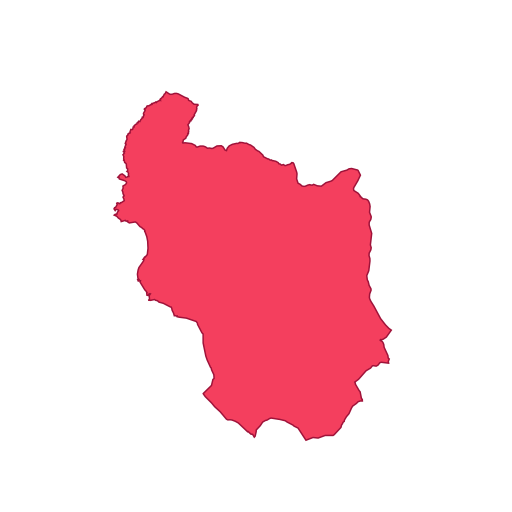 outline of Gasabo, Kigali City, Rwanda, rotated 47°
{"feature_id": "39286606B27612515465928", "entity_name": "Gasabo", "entity_type": "district", "adm_level": 2, "iso_a3": "RWA", "parent_name": "Rwanda", "parent_adm1": "Kigali City", "projection": "mercator", "projection_center": [30.108, -1.884], "detail": "fine", "context": "isolated", "style": "filled", "palette": "rose", "viewbox_px": 512, "rotation_deg": 47, "n_neighbors": 0, "source": "geoboundaries", "source_scale": "gbopen_adm2", "svg_char_len": 6066}
<svg xmlns="http://www.w3.org/2000/svg" viewBox="0 0 512 512"><g transform="rotate(47 256 256)"><path d="M182.9,341.5L184.6,349.5L185.8,351.7L188.4,355.1L191.6,357.4L193.2,357.6L192.5,358.6L194.0,359.2L195.3,357.4L196.1,358.6L204.9,360.4L207.0,360.4L208.4,360.7L208.3,361.0L210.3,362.5L211.3,361.8L210.8,360.1L211.2,359.2L211.7,359.0L212.1,361.1L215.4,363.7L214.7,365.0L216.5,363.4L218.6,359.9L220.0,359.6L221.4,358.6L223.6,358.4L227.3,356.1L235.0,353.3L235.3,352.9L236.4,353.1L238.6,354.4L241.4,355.2L244.0,356.5L244.3,355.9L245.7,355.1L246.0,354.6L246.6,355.1L248.5,353.8L253.9,349.3L263.1,344.4L265.1,344.6L266.2,345.4L275.3,347.9L277.0,347.9L283.6,354.0L294.9,360.9L298.7,362.6L306.5,365.2L307.3,365.1L308.9,366.1L314.1,367.8L317.0,370.2L316.9,371.7L320.3,376.8L320.6,388.4L321.2,388.6L324.2,389.0L333.2,388.7L338.0,389.0L345.5,388.4L355.1,388.9L356.6,388.4L358.1,386.6L359.6,385.4L362.7,383.9L366.0,382.8L378.9,382.0L379.0,381.5L382.8,381.2L384.1,380.1L387.3,380.8L387.2,379.5L384.6,375.7L383.4,374.5L383.0,368.6L382.0,364.4L382.7,361.3L383.5,359.9L384.2,356.7L384.8,355.5L391.8,350.0L396.5,346.9L398.3,346.6L404.8,344.3L406.3,344.2L410.5,342.6L424.8,345.1L427.6,338.1L431.5,334.7L434.4,327.8L439.8,322.0L440.0,320.6L439.3,310.8L437.8,308.4L437.7,307.2L437.0,305.9L437.1,304.2L436.3,303.3L435.2,299.5L434.7,295.5L432.3,289.8L431.7,287.7L432.3,283.0L432.2,280.7L433.1,278.7L434.6,277.1L433.4,276.1L433.2,276.3L431.7,275.8L426.4,272.5L424.4,272.3L417.4,270.7L416.8,270.1L415.6,269.8L416.1,264.9L415.0,253.7L416.1,248.7L415.7,245.8L416.2,245.0L418.5,243.2L419.0,241.2L418.5,238.2L419.1,236.9L424.8,232.1L423.3,231.1L422.2,228.8L420.8,228.9L418.7,227.4L410.2,224.6L407.8,222.9L406.0,222.2L404.5,222.0L402.4,222.7L402.2,222.5L402.0,221.9L402.9,221.1L403.6,219.7L404.2,216.0L402.5,207.6L399.6,208.2L394.8,208.3L386.8,207.6L373.1,204.0L367.4,202.9L364.9,202.1L363.6,201.3L361.3,198.8L359.5,195.2L358.4,194.3L354.6,193.3L351.3,191.4L349.4,190.9L345.9,188.4L343.7,183.6L337.4,176.1L335.6,174.5L332.7,173.0L331.1,171.3L329.8,167.8L328.5,166.1L325.9,164.8L318.4,156.0L310.5,152.1L308.9,150.6L308.3,149.7L307.6,147.2L306.4,145.5L305.6,144.8L301.5,143.2L297.6,138.8L295.3,137.3L292.7,136.3L291.0,136.2L289.4,136.9L287.2,138.7L286.2,139.0L285.3,138.8L283.7,139.3L283.6,138.9L279.9,138.5L274.8,139.8L273.3,138.8L272.7,137.9L270.4,130.2L268.1,124.5L263.1,123.0L262.4,123.1L257.2,126.4L255.7,128.5L255.2,130.9L252.4,136.4L252.8,148.7L252.3,150.3L250.1,154.8L249.5,160.6L246.5,163.3L242.9,165.0L242.6,166.4L241.7,167.4L240.5,168.0L239.5,169.7L238.5,172.6L237.5,173.7L236.3,174.6L233.8,174.8L231.4,175.6L227.3,173.7L223.9,170.0L222.5,169.1L214.3,165.4L213.1,165.3L212.1,166.1L212.1,166.6L212.3,166.6L211.9,168.9L210.8,170.7L210.2,172.5L209.4,173.3L207.9,173.5L206.9,175.4L205.2,175.6L204.1,176.4L202.9,176.1L200.3,176.9L197.6,178.7L197.4,179.1L196.3,179.2L195.6,180.2L193.6,180.6L193.0,181.2L188.5,182.8L186.9,182.2L181.6,182.5L179.9,183.2L177.5,183.7L175.2,183.4L171.1,184.3L169.8,185.1L167.0,186.0L166.1,187.1L163.8,188.6L161.9,190.3L162.1,190.6L161.8,190.7L161.4,192.5L160.5,193.2L158.2,197.1L157.2,200.5L157.6,203.6L158.8,205.7L157.5,206.4L153.7,205.7L151.7,206.2L148.9,209.5L147.9,214.0L147.1,215.1L145.3,216.4L144.1,218.0L141.8,218.5L139.8,219.5L137.5,221.9L136.3,224.6L135.5,225.3L133.8,225.0L129.9,226.4L124.9,230.6L123.5,232.4L122.7,232.1L122.6,231.4L121.5,229.9L122.0,227.1L121.3,225.8L120.8,223.1L120.2,222.7L120.3,222.0L119.8,222.0L119.4,220.7L118.8,220.1L118.5,220.2L117.5,218.9L117.4,218.2L115.7,217.1L113.6,216.3L113.1,213.8L112.7,212.8L112.3,212.8L112.3,211.9L112.7,211.5L112.2,211.1L112.0,210.2L112.1,209.8L112.5,210.1L112.5,209.9L111.7,209.1L112.1,208.8L111.6,208.2L111.9,207.5L111.4,207.1L111.4,205.3L110.6,205.0L109.1,200.3L108.6,200.1L108.0,198.8L107.2,198.5L106.2,197.1L106.2,195.5L105.5,195.2L102.8,197.8L100.1,198.2L98.9,197.9L96.2,199.1L94.8,198.4L94.1,198.5L91.3,199.9L84.4,202.3L82.8,203.3L81.5,204.8L80.5,207.1L79.0,208.7L74.6,209.8L75.3,211.7L75.1,212.7L76.2,215.5L75.8,215.7L76.1,217.4L75.9,218.7L76.4,219.0L76.3,219.8L77.0,219.9L76.5,220.4L75.6,223.4L75.8,224.1L75.0,224.2L74.9,225.6L74.6,225.8L74.0,227.3L74.0,228.4L73.5,228.3L73.5,228.7L74.1,228.9L73.3,230.3L73.4,231.0L72.8,232.3L72.1,233.1L72.0,233.6L72.7,235.1L72.3,236.8L73.0,237.2L72.7,237.6L74.0,237.9L74.9,241.0L76.2,241.9L76.5,241.7L76.9,242.9L77.5,243.6L77.0,244.3L77.6,244.6L77.3,245.2L77.7,245.8L77.7,247.2L78.5,249.2L77.4,249.9L78.0,251.1L77.6,251.1L77.6,252.4L78.2,253.2L77.7,254.1L77.6,256.3L78.5,257.1L77.9,257.8L79.2,259.7L79.2,260.2L78.1,261.2L79.4,263.7L80.1,263.9L80.1,264.6L79.5,265.4L79.5,266.6L80.1,266.9L80.1,268.6L80.4,269.1L82.7,270.7L83.3,272.6L83.6,272.7L83.9,273.9L84.6,274.3L84.7,275.0L85.7,274.9L86.9,277.6L87.6,277.7L87.4,278.2L88.1,278.8L87.9,279.3L88.6,279.7L88.3,280.1L89.2,280.6L89.1,281.1L89.6,280.9L89.6,281.5L90.1,281.2L90.2,281.6L89.9,281.8L91.0,282.1L90.9,282.8L91.3,283.4L91.2,284.2L93.0,284.8L95.0,286.8L95.8,286.9L95.8,287.5L96.6,287.4L98.1,288.3L98.5,288.0L100.2,288.1L103.4,290.6L104.7,290.4L106.0,291.7L106.2,292.7L106.8,292.3L108.7,292.9L109.2,293.7L111.1,294.8L110.3,295.7L110.4,296.4L109.7,297.6L108.0,297.2L104.7,297.9L103.9,299.7L104.2,303.4L104.9,303.2L105.2,302.7L106.5,303.4L111.5,300.6L113.1,300.2L114.0,300.6L114.5,301.3L114.7,302.9L114.1,305.6L115.8,306.9L116.7,309.2L118.3,309.7L119.8,310.8L121.7,311.2L122.1,311.5L121.9,312.3L122.4,313.2L123.9,313.6L125.7,314.6L125.1,318.2L124.5,318.8L124.9,319.8L124.3,320.4L122.9,320.7L122.4,321.7L122.5,322.0L123.6,322.4L123.9,323.0L124.7,325.7L124.2,326.4L124.7,327.7L126.7,328.0L126.4,326.9L126.8,326.2L128.2,325.4L129.1,325.5L129.5,327.6L130.5,329.1L130.0,329.5L130.1,330.5L129.5,330.6L129.4,331.8L132.1,330.7L134.4,330.8L136.5,330.3L137.7,330.4L138.9,331.1L140.8,327.3L141.9,327.3L142.8,326.0L143.4,326.6L145.4,326.1L148.8,321.0L150.6,320.6L155.3,320.8L157.2,320.2L158.7,320.2L159.8,319.8L161.5,319.9L162.2,320.7L162.5,320.6L167.4,322.7L171.4,325.2L176.7,329.7L180.8,334.5L181.2,337.9L180.8,338.1L181.4,340.8L181.9,340.2L182.9,341.5Z" fill="#f43f5e" stroke="#9f1239" stroke-width="1.5"/></g></svg>